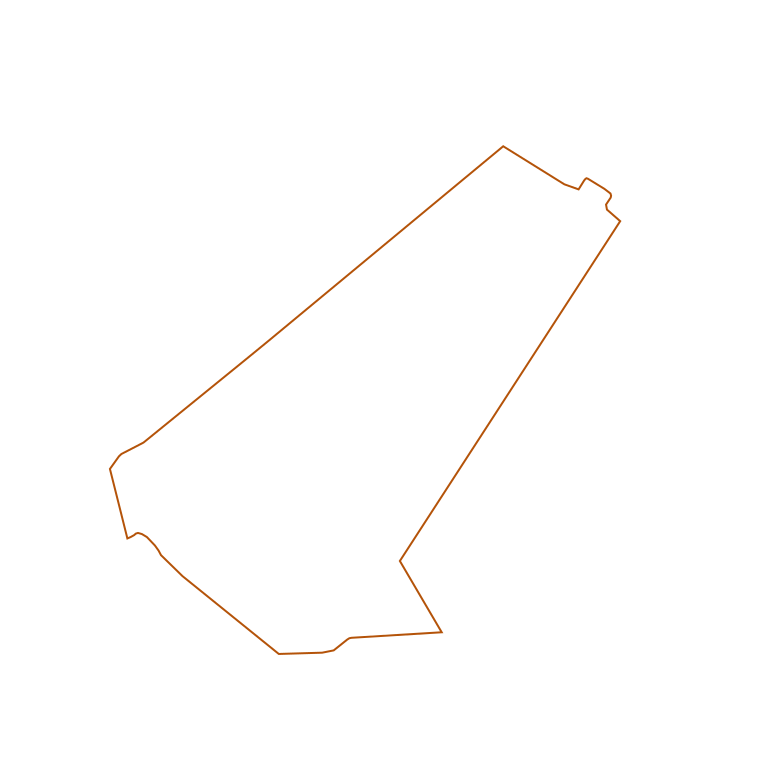 outline of Kweneng, rotated 123°
{"feature_id": "BWA-2647", "entity_name": "Kweneng", "entity_type": "District", "adm_level": 1, "iso_a3": "BWA", "parent_name": "Botswana", "parent_adm1": "", "projection": "orthographic", "projection_center": [24.77, -23.86], "detail": "fine", "context": "isolated", "style": "outline", "palette": "amber", "viewbox_px": 768, "rotation_deg": 123, "n_neighbors": 0, "source": "natural_earth", "source_scale": "10m", "svg_char_len": 658}
<svg xmlns="http://www.w3.org/2000/svg" viewBox="0 0 768 768"><g transform="rotate(123 384 384)"><path d="M523.8,274.3L560.8,200.4L614.6,273.1L616.1,274.6L618.5,275.7L634.8,281.1L643.0,289.5L667.7,325.2L654.9,448.3L649.0,477.8L646.5,482.3L644.2,488.2L641.5,499.5L641.7,505.3L642.9,509.2L644.7,510.7L646.7,511.2L650.3,513.1L653.3,515.1L631.8,538.2L604.5,567.6L589.0,566.9L585.7,566.1L564.1,553.8L444.3,515.1L412.4,504.9L119.7,413.5L118.3,341.5L114.8,326.8L104.3,327.0L102.5,326.8L101.2,326.3L100.8,324.8L100.3,305.4L100.9,297.8L102.4,296.1L104.2,295.4L112.6,295.5L116.3,292.0L118.8,274.6L523.8,274.3Z" fill="none" stroke="#b45309" stroke-width="2"/></g></svg>